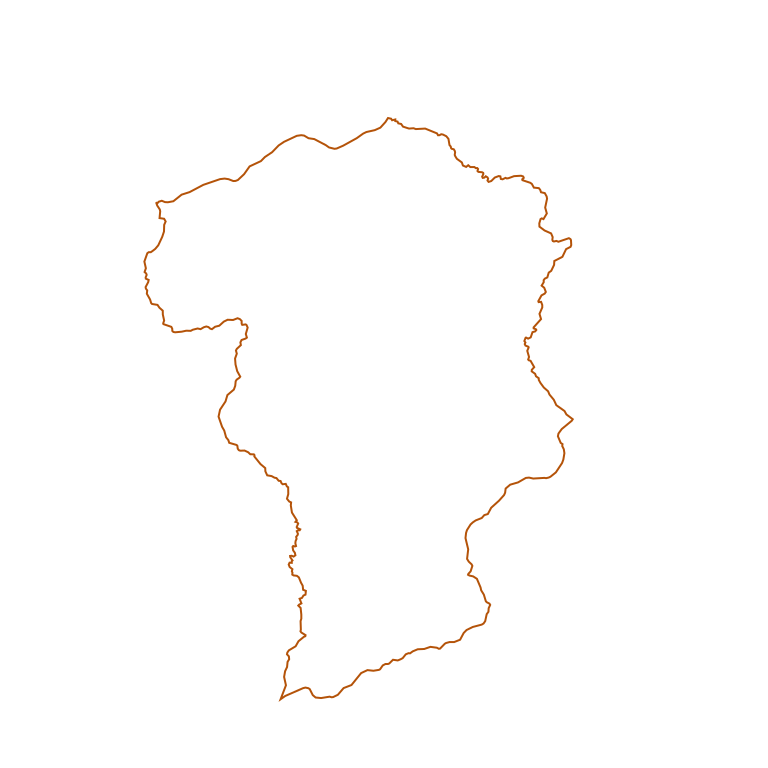 Pácora, Caldas, Colombia (Robinson projection), rotated 64°
{"feature_id": "7082276B78665343411960", "entity_name": "Pácora", "entity_type": "district", "adm_level": 2, "iso_a3": "COL", "parent_name": "Colombia", "parent_adm1": "Caldas", "projection": "robinson", "projection_center": [-75.464, 5.501], "detail": "fine", "context": "isolated", "style": "outline", "palette": "amber", "viewbox_px": 768, "rotation_deg": 64, "n_neighbors": 0, "source": "geoboundaries", "source_scale": "gbopen_adm2", "svg_char_len": 6165}
<svg xmlns="http://www.w3.org/2000/svg" viewBox="0 0 768 768"><g transform="rotate(64 384 384)"><path d="M146.7,263.8L149.2,267.9L152.0,274.9L151.8,281.0L149.8,289.4L149.8,293.0L151.1,300.7L151.9,316.3L151.6,323.3L150.9,325.4L147.3,329.7L143.8,331.6L133.3,339.3L130.0,344.1L125.7,346.9L124.1,349.3L122.7,353.6L122.5,367.7L123.4,374.1L126.6,382.9L127.8,391.6L129.7,396.9L129.5,409.4L134.1,417.8L136.6,425.9L136.4,428.4L135.5,430.5L131.8,433.9L129.5,437.2L128.0,441.5L125.8,459.1L126.3,474.6L125.1,482.9L127.4,493.2L125.9,498.6L124.5,501.1L121.9,503.4L121.4,506.6L122.3,508.6L120.8,509.2L124.2,509.6L128.8,509.0L130.6,509.4L136.5,513.0L139.1,509.2L142.2,509.0L144.6,511.8L150.5,514.9L154.5,518.8L160.4,526.1L162.3,530.4L163.0,533.8L163.3,535.8L162.4,537.7L162.7,539.4L168.9,545.7L175.6,547.3L178.4,550.1L180.4,549.3L181.9,549.5L183.7,551.5L184.9,551.9L187.3,549.9L189.1,551.3L192.4,555.8L193.9,556.2L196.1,555.8L198.9,557.6L205.5,557.2L209.2,557.8L210.4,557.4L213.6,552.9L217.0,552.4L221.1,550.7L224.5,552.3L230.6,553.8L232.7,555.9L233.5,556.0L239.4,550.1L241.5,550.1L243.5,551.0L244.9,550.5L246.0,549.0L248.3,542.9L249.4,538.4L251.5,534.4L251.4,532.1L252.4,527.2L254.3,524.8L254.0,521.1L254.4,518.5L255.9,516.8L258.1,515.9L259.3,514.6L258.5,510.7L259.4,506.5L257.7,500.6L257.7,496.4L260.3,491.6L260.7,486.8L262.5,485.1L264.9,484.3L267.4,485.5L268.7,485.5L269.8,482.2L270.7,481.7L273.5,481.8L278.5,486.3L282.2,486.9L282.5,488.5L282.0,492.7L283.6,494.8L286.3,495.6L287.9,500.9L289.0,502.4L292.2,503.0L295.8,506.7L301.4,508.9L308.1,510.3L314.4,510.0L315.0,511.2L315.5,514.5L316.5,516.1L320.4,518.5L323.2,521.4L325.3,529.6L330.2,534.1L335.2,542.6L340.8,547.0L351.5,548.3L355.8,548.0L362.7,549.3L366.2,548.5L369.0,548.9L374.2,543.2L375.3,542.9L378.0,543.8L379.8,543.5L380.9,542.5L382.7,538.5L385.8,536.0L388.5,535.0L390.2,531.8L391.2,531.6L392.3,532.3L401.9,530.1L407.5,527.6L410.5,528.9L414.9,529.0L417.5,525.4L420.2,523.5L421.4,521.9L424.8,521.1L425.8,519.5L428.3,519.6L429.7,519.0L430.7,516.1L433.5,516.2L434.8,515.4L441.0,518.3L444.6,521.5L448.1,520.7L449.7,519.4L452.3,521.0L459.2,523.1L468.2,522.1L469.1,524.0L470.4,522.6L471.8,522.3L474.3,525.2L475.1,525.3L477.9,523.0L478.5,523.9L477.8,525.7L478.0,526.9L480.8,527.0L481.7,527.6L482.9,530.0L484.9,530.5L486.4,532.3L488.3,533.5L491.1,534.1L491.0,535.3L489.8,536.6L490.3,537.6L493.8,538.6L496.6,538.1L499.1,538.7L499.5,540.9L497.9,542.3L497.4,543.8L498.6,544.2L502.5,543.6L502.8,544.6L504.3,545.3L503.2,547.2L504.5,548.8L507.2,549.0L510.3,547.5L511.9,548.9L513.5,549.0L515.1,550.0L516.4,549.2L518.2,546.4L520.5,545.3L526.3,545.7L529.6,545.5L533.5,546.9L535.7,544.9L538.9,546.9L538.8,549.1L540.3,551.5L540.0,554.0L545.0,554.4L545.1,557.1L545.6,558.2L548.7,557.1L555.0,559.4L558.7,561.2L560.5,562.9L568.3,566.4L569.7,567.5L571.2,567.2L575.3,564.6L576.2,565.3L576.1,566.8L577.7,573.6L581.0,578.4L581.7,586.3L583.0,588.6L584.4,589.7L587.1,588.9L589.8,589.9L591.5,592.5L595.9,595.2L598.8,598.8L603.5,602.2L611.8,604.2L622.0,615.1L621.1,609.5L621.9,590.0L622.4,587.7L624.3,585.3L625.7,584.5L632.4,584.4L635.8,582.9L638.7,578.2L641.2,569.9L642.6,568.4L643.1,566.9L643.1,561.7L639.6,553.6L640.3,545.2L633.8,531.3L633.9,524.3L637.1,519.2L638.7,513.9L638.7,512.6L636.4,508.5L636.3,505.4L637.4,503.2L637.5,501.8L635.8,496.8L638.5,492.8L638.7,489.8L638.6,487.4L636.5,482.9L636.7,479.9L637.5,478.7L636.9,475.4L637.2,470.0L639.8,464.0L640.6,457.5L644.2,452.1L646.0,450.8L646.4,449.6L644.1,443.2L644.0,441.8L644.7,438.1L646.7,434.1L647.2,427.7L642.7,421.5L641.3,417.6L641.3,410.7L643.1,401.6L642.9,399.5L641.5,397.0L635.9,392.6L634.5,390.0L631.4,388.2L629.1,385.4L627.6,385.5L625.2,387.3L623.9,387.7L617.1,386.6L612.0,387.1L609.2,386.4L599.8,385.9L596.0,388.2L593.6,391.2L592.3,392.1L591.6,391.4L590.4,388.3L586.2,384.3L584.5,384.3L580.8,385.7L577.6,386.0L569.5,380.8L558.2,378.3L553.8,375.5L551.7,373.5L548.2,367.8L547.3,364.8L546.8,361.4L547.3,354.9L545.8,351.3L546.4,347.7L542.2,341.9L539.3,331.8L536.4,324.7L534.8,322.8L531.3,320.5L529.8,314.7L531.2,306.7L530.6,297.7L531.7,294.7L534.4,291.3L538.7,281.0L539.7,279.6L540.3,276.9L540.3,275.0L538.8,268.3L533.1,258.6L530.5,255.9L525.3,252.2L521.5,251.0L517.9,251.0L516.3,249.9L514.4,251.0L507.2,250.6L505.0,248.9L502.4,244.0L499.3,231.2L498.4,229.8L491.3,233.4L487.4,233.6L478.6,238.4L472.6,238.3L466.0,239.9L462.5,239.7L457.2,241.9L451.8,242.9L448.2,243.1L446.6,242.4L443.7,244.0L441.1,243.7L437.4,245.7L436.0,244.9L434.7,241.6L427.4,242.1L426.1,243.5L425.2,243.7L423.3,241.8L417.0,240.7L414.6,238.0L413.8,237.9L411.5,240.0L409.8,240.0L408.7,238.7L406.9,239.0L404.6,236.6L404.5,236.0L406.4,234.6L406.4,231.7L402.5,227.8L403.0,225.1L402.2,223.4L401.5,223.4L399.6,225.1L398.7,224.7L394.5,214.4L389.1,213.5L384.6,208.2L382.3,207.1L379.0,206.8L378.2,209.1L377.2,209.0L373.4,203.6L373.2,199.9L372.2,198.2L367.7,197.8L364.7,199.2L362.5,195.8L360.7,195.0L359.8,193.3L359.8,190.5L356.1,187.1L355.6,184.1L351.5,178.9L348.1,177.0L347.9,167.9L342.6,161.2L342.5,156.2L341.2,154.8L336.7,152.9L335.5,152.9L334.0,153.9L332.6,164.9L331.0,166.3L330.4,168.8L329.5,169.6L328.2,169.5L325.9,168.0L321.9,167.8L316.4,172.4L310.7,175.3L307.7,174.0L304.4,171.0L304.3,169.6L305.7,168.4L302.1,162.9L296.1,161.8L288.9,156.2L286.7,155.6L282.9,155.8L280.5,158.8L277.9,158.5L275.8,159.0L273.2,163.2L269.0,163.4L267.3,164.3L261.5,170.2L260.6,170.0L260.2,168.3L259.6,167.9L258.4,168.0L256.9,169.5L254.2,176.0L253.6,181.9L253.1,183.5L252.0,184.4L252.0,187.7L250.9,189.1L248.4,188.4L247.4,189.7L247.0,193.9L248.6,198.6L248.2,201.4L246.5,201.8L245.1,200.4L243.7,200.4L241.9,201.5L242.5,203.3L242.0,204.9L240.7,204.9L238.8,202.6L237.7,202.3L236.7,203.0L234.7,206.2L233.5,206.6L232.0,205.2L230.8,205.5L230.2,206.9L228.7,207.6L226.9,211.3L224.3,212.4L224.9,215.0L222.2,217.3L219.0,216.9L213.5,219.8L210.5,220.1L209.1,220.0L206.9,218.5L205.4,218.2L203.6,218.4L202.2,220.1L201.2,220.3L199.8,219.9L198.0,220.4L191.9,218.6L188.6,219.4L185.6,221.7L184.6,223.1L184.7,225.1L184.1,226.4L182.0,226.5L172.5,235.0L168.8,243.7L167.1,245.3L165.4,249.5L164.4,250.6L161.0,254.1L157.8,254.6L156.0,256.9L154.1,256.8L152.6,258.6L151.2,257.9L150.5,261.1L148.7,261.3L146.7,263.8Z" fill="none" stroke="#b45309" stroke-width="2"/></g></svg>